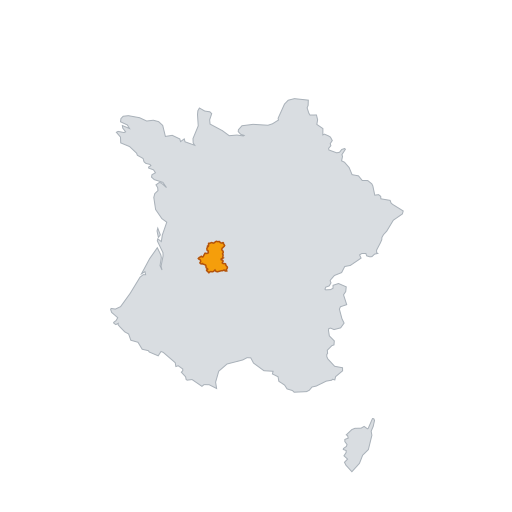 location of Haute-Vienne within France, rotated 22°
{"feature_id": "FRA-5303", "entity_name": "Haute-Vienne", "entity_type": "Metropolitan department", "adm_level": 1, "iso_a3": "FRA", "parent_name": "France", "parent_adm1": "", "projection": "orthographic", "projection_center": [1.157, 45.922], "detail": "fine", "context": "in_parent", "style": "filled", "palette": "amber", "viewbox_px": 512, "rotation_deg": 22, "n_neighbors": 0, "source": "natural_earth", "source_scale": "10m", "svg_char_len": 6405}
<svg xmlns="http://www.w3.org/2000/svg" viewBox="0 0 512 512"><g transform="rotate(22 256 256)"><path d="M367.9,208.0L365.2,209.9L363.7,213.2L361.9,214.1L358.6,214.4L356.9,212.5L353.1,214.1L351.6,216.2L354.2,218.6L347.0,229.4L342.2,232.5L341.6,239.3L336.0,244.7L334.1,250.1L334.0,251.2L335.6,252.8L335.1,256.3L332.3,258.8L332.4,261.0L333.3,261.3L337.8,259.2L339.5,257.0L338.4,254.3L342.8,250.6L351.2,250.8L352.5,255.3L351.7,259.2L358.3,267.1L353.3,271.4L353.2,274.0L359.2,282.0L362.8,285.2L361.4,290.9L355.9,295.0L352.2,294.9L350.7,296.0L351.0,297.7L353.9,302.6L360.4,305.4L361.6,309.2L359.9,310.7L357.4,316.7L358.9,319.5L358.5,320.8L359.3,322.7L361.1,324.5L370.2,328.8L378.1,327.2L379.3,330.0L375.0,338.0L375.5,341.4L373.1,341.6L372.7,342.8L368.0,345.7L360.6,354.0L357.0,356.5L355.7,360.5L353.7,362.8L342.4,368.0L340.2,367.1L334.6,367.6L330.9,365.0L324.1,363.6L321.7,359.7L315.4,359.2L315.0,356.5L306.3,359.4L293.8,356.2L289.3,352.4L285.8,353.6L282.7,357.3L269.6,367.0L264.6,376.8L265.8,388.1L269.1,393.6L260.8,392.9L256.0,394.7L254.7,397.1L243.0,394.5L238.7,396.9L237.5,396.7L236.0,394.4L230.3,391.7L231.1,389.8L230.4,388.2L225.0,386.9L223.1,388.5L221.1,385.2L206.1,380.1L203.7,380.1L202.7,385.2L193.0,385.0L191.6,384.1L185.4,385.1L178.9,380.2L171.5,381.0L167.1,376.0L162.7,375.5L156.6,372.8L153.9,371.4L153.5,370.0L151.7,372.1L149.4,371.6L148.9,370.9L150.5,368.2L150.9,365.0L143.3,362.4L141.3,360.1L141.3,358.9L145.5,357.9L149.4,353.7L153.3,337.9L156.4,319.1L158.4,315.6L160.7,314.7L158.9,312.1L156.5,315.4L158.4,298.2L161.4,285.3L167.5,290.8L168.9,293.1L170.6,300.9L174.1,304.2L171.8,301.0L169.8,290.7L168.5,287.8L158.8,278.9L158.5,276.9L162.8,278.1L161.3,271.6L160.6,258.1L154.7,256.6L145.5,250.5L139.3,240.0L138.8,236.1L140.6,232.1L139.2,229.4L136.6,227.5L138.8,224.1L140.8,223.8L147.4,226.1L142.1,222.6L133.1,223.3L129.6,222.0L129.1,219.6L131.6,216.5L128.7,214.5L123.6,214.7L123.1,213.8L124.7,211.6L123.4,210.8L119.2,211.4L116.9,210.6L114.8,207.9L108.2,207.0L106.8,205.4L97.8,201.9L88.2,201.8L85.8,196.5L80.2,193.6L81.5,192.1L87.4,191.0L88.6,189.7L84.5,187.3L83.2,185.1L91.0,185.2L87.6,182.7L80.1,182.3L79.3,179.2L80.5,176.2L85.1,173.7L96.2,171.4L104.1,171.8L109.9,168.6L115.4,167.9L120.6,169.9L127.2,179.1L133.1,175.5L141.5,176.0L143.2,178.2L145.6,174.3L147.4,176.7L157.7,176.3L155.4,174.7L153.6,170.8L153.7,157.0L148.8,146.8L147.7,143.1L148.1,140.0L154.2,140.8L159.2,139.6L161.6,140.6L162.0,147.1L164.0,150.9L178.0,152.4L186.1,154.5L193.0,151.0L199.4,149.4L199.9,148.6L196.2,148.9L192.9,147.3L192.4,145.5L194.2,140.5L204.0,135.0L218.1,130.3L221.8,127.2L225.9,121.5L224.9,120.0L225.5,104.5L227.5,99.5L232.7,95.7L246.1,91.9L247.9,96.8L247.9,99.5L251.5,103.8L253.3,105.1L259.2,102.6L262.1,106.6L263.1,111.2L270.3,112.8L272.6,118.7L273.8,117.4L278.3,117.5L280.5,117.9L283.5,120.4L282.7,124.0L284.1,125.7L283.0,129.0L283.9,130.4L292.2,130.1L294.6,128.5L295.6,125.1L298.0,123.1L298.9,123.6L297.7,129.8L298.9,131.3L299.7,135.7L302.9,135.9L309.2,139.1L314.6,144.6L321.0,143.3L326.2,146.2L331.3,144.2L336.3,145.7L338.1,147.3L343.3,155.1L346.7,153.2L349.3,154.0L350.3,156.2L359.5,154.2L361.4,156.3L363.4,157.0L375.6,159.1L376.0,162.1L369.9,171.4L367.9,184.0L366.2,188.4L365.8,191.7L366.5,193.8L366.4,197.2L365.6,205.4L366.6,207.7L367.9,208.0ZM428.5,370.1L428.4,375.3L430.6,378.8L432.7,393.4L429.5,400.8L429.6,409.5L425.7,420.1L417.8,416.3L415.3,414.1L417.0,410.0L412.4,408.3L413.2,404.4L412.5,402.6L409.4,402.7L409.2,401.7L411.2,398.6L411.0,396.7L407.9,394.8L407.1,392.8L409.7,390.3L408.3,388.3L406.7,388.0L409.9,381.0L412.3,378.7L417.9,376.3L420.1,373.5L424.0,374.5L424.6,373.8L424.9,363.1L426.2,362.8L427.5,364.1L428.5,370.1ZM159.4,272.3L158.5,275.3L154.9,269.9L154.5,267.0L159.4,272.3Z" fill="#d9dde1" stroke="#a8b0b8" stroke-width="1"/><path d="M234.1,280.3L234.5,280.8L233.6,281.3L233.4,281.3L233.2,281.3L232.7,281.4L232.2,281.0L232.0,280.9L231.6,281.0L231.3,281.3L231.0,281.7L230.6,282.1L229.4,282.6L226.2,285.1L224.7,285.3L223.2,284.3L222.6,285.8L222.3,286.3L221.4,287.0L220.8,287.2L220.4,287.2L219.8,287.4L219.2,288.0L218.7,288.7L218.6,289.1L217.9,288.6L217.2,288.7L216.6,288.4L216.3,288.2L215.7,288.0L215.5,287.8L215.4,287.6L215.4,287.4L215.5,287.3L215.6,287.2L215.9,287.0L216.1,286.8L216.2,286.5L216.2,286.3L216.0,286.1L215.8,286.0L214.8,285.8L214.3,285.6L214.1,285.4L213.9,285.1L213.3,284.0L213.0,283.6L212.7,283.3L212.5,283.2L212.2,283.2L211.8,283.3L211.6,283.3L211.0,283.2L210.7,283.2L210.0,283.4L209.7,283.4L209.4,283.3L209.2,283.0L208.9,283.2L208.6,283.7L208.3,283.8L207.9,283.9L207.1,283.7L206.7,283.5L206.5,283.2L206.8,282.1L206.8,281.8L206.7,281.6L206.2,280.9L205.8,280.5L205.6,280.4L205.3,280.3L204.6,280.4L203.9,280.2L203.4,279.9L204.0,278.5L204.2,278.3L204.6,277.9L204.9,277.6L205.1,277.3L205.3,276.8L205.5,276.7L206.1,276.9L206.3,277.0L206.8,277.0L207.0,276.8L207.1,276.7L207.2,276.4L207.3,275.9L207.4,274.4L207.5,274.2L207.6,273.9L207.6,273.6L207.6,273.4L207.6,272.9L207.7,272.5L207.9,272.4L208.1,272.3L208.6,272.3L208.8,272.3L209.1,272.2L209.3,272.1L209.7,271.9L210.0,271.6L210.4,271.3L210.5,271.0L210.5,270.7L209.9,269.4L209.7,269.2L209.4,269.0L209.0,269.2L208.8,269.2L208.6,269.1L207.8,267.9L207.7,267.7L207.7,267.4L207.6,267.2L207.7,266.6L207.7,266.3L207.6,266.0L207.4,265.1L208.0,265.2L208.2,264.9L207.9,263.5L207.8,263.3L207.6,263.0L207.5,262.7L207.3,262.1L207.4,261.9L207.6,261.7L208.1,261.7L208.3,261.6L208.5,261.4L209.2,260.7L209.7,260.2L210.0,260.1L211.5,260.1L211.8,260.0L212.0,259.9L212.2,259.7L212.2,259.4L212.3,259.1L212.5,258.9L212.8,258.5L213.0,258.2L213.3,257.7L213.5,257.4L213.8,257.2L214.0,257.1L214.5,257.1L215.0,257.1L215.3,257.0L216.4,256.3L216.6,256.3L217.0,256.6L217.4,256.6L217.7,256.9L218.0,257.0L218.3,257.0L219.4,256.8L219.7,256.7L219.9,256.5L220.0,256.3L220.1,256.1L220.4,255.9L220.7,256.0L220.9,256.1L221.0,256.4L221.1,256.6L221.3,256.8L222.3,257.5L223.0,258.0L222.9,258.9L221.7,261.5L221.7,262.5L222.1,263.2L223.3,263.7L223.6,263.9L224.1,264.6L224.3,265.1L224.3,265.5L224.2,266.0L224.1,266.5L224.3,266.8L225.1,267.3L225.3,268.1L225.5,269.1L225.7,269.9L226.4,270.0L225.9,270.7L225.5,271.1L224.9,271.4L224.9,271.5L224.9,272.2L225.1,272.5L226.8,272.5L227.1,272.7L227.4,273.1L227.4,273.5L227.2,274.5L227.3,275.0L227.5,275.2L227.8,275.2L228.4,275.3L230.1,274.7L230.7,274.7L230.9,274.9L231.1,275.1L231.3,275.6L231.5,275.8L231.8,276.1L233.5,276.9L233.9,277.6L233.8,278.9L233.5,279.8L234.1,280.3Z" fill="#f59e0b" stroke="#b45309" stroke-width="1.5"/></g></svg>